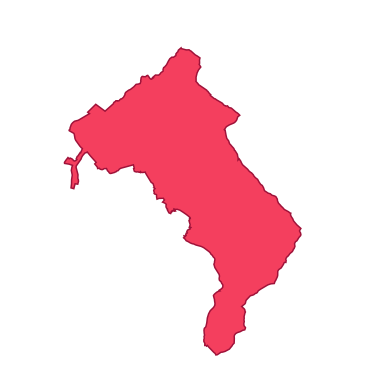 Cozmeni, Harghita, Romania, rotated 313°
{"feature_id": "2599482B88715743642246", "entity_name": "Cozmeni", "entity_type": "district", "adm_level": 2, "iso_a3": "ROU", "parent_name": "Romania", "parent_adm1": "Harghita", "projection": "mercator", "projection_center": [25.941, 46.184], "detail": "fine", "context": "isolated", "style": "filled", "palette": "rose", "viewbox_px": 384, "rotation_deg": 313, "n_neighbors": 0, "source": "geoboundaries", "source_scale": "gbopen_adm2", "svg_char_len": 6029}
<svg xmlns="http://www.w3.org/2000/svg" viewBox="0 0 384 384"><g transform="rotate(313 192 192)"><path d="M239.6,296.5L239.5,291.0L240.1,286.1L241.2,283.7L241.6,281.8L242.4,279.7L243.9,278.7L243.5,278.0L243.4,276.1L242.2,271.5L242.5,268.7L242.4,266.7L242.6,266.4L242.8,262.9L243.8,260.6L245.0,259.2L245.8,256.5L245.4,255.1L244.2,252.7L244.1,250.4L243.1,248.5L242.4,244.1L243.9,241.4L244.7,238.9L244.4,237.1L244.9,234.6L246.0,231.3L245.7,228.6L245.9,226.5L246.4,225.0L246.6,222.4L246.4,221.8L246.2,219.6L246.6,217.1L246.4,210.9L246.5,210.0L247.1,208.2L247.8,206.6L248.4,203.9L246.9,203.8L247.7,203.2L248.7,202.1L249.2,201.1L250.5,199.5L251.6,195.4L251.4,194.6L251.9,194.1L252.4,192.7L252.7,189.2L252.9,188.0L252.9,186.6L254.4,183.9L254.9,180.9L256.7,178.2L259.8,174.1L259.9,173.9L259.5,173.5L259.6,173.1L263.3,172.6L266.7,173.6L270.9,175.5L272.2,175.8L273.9,175.8L275.4,175.5L278.1,174.2L280.7,174.6L280.8,172.8L280.7,171.0L280.4,169.8L280.2,163.6L278.8,161.0L279.1,160.2L279.2,159.2L277.9,158.2L277.9,157.7L277.5,156.9L277.3,156.3L277.6,153.7L277.5,153.0L276.1,146.9L276.0,145.5L275.5,144.7L275.1,139.6L276.0,139.3L275.9,138.6L276.1,136.3L276.4,135.3L276.3,134.0L276.5,133.3L275.0,123.5L275.3,122.7L275.6,119.4L276.2,119.1L278.7,116.7L282.6,114.5L285.8,113.5L289.4,113.2L290.3,110.1L291.3,109.8L293.6,107.5L295.5,106.4L295.0,102.8L294.5,101.0L294.4,95.1L294.1,94.4L294.0,92.9L292.0,90.9L289.6,86.4L290.0,85.7L286.4,85.3L284.9,86.0L283.7,85.9L281.9,86.1L281.2,86.9L280.5,87.2L279.5,86.8L277.9,86.6L276.9,85.3L274.3,84.9L271.8,85.4L267.7,86.6L264.6,86.7L263.7,86.4L261.9,87.2L261.6,87.7L260.7,88.4L257.9,87.9L256.4,88.1L254.7,87.9L252.6,85.5L248.9,85.1L248.1,85.2L248.1,85.5L248.3,85.7L246.8,85.4L246.4,84.7L246.4,83.4L246.7,82.4L247.1,80.1L246.3,79.6L244.7,79.4L243.2,77.8L243.1,77.2L242.3,76.7L240.5,77.0L240.0,77.6L238.7,78.3L238.1,79.1L236.0,80.1L234.3,79.1L232.6,77.7L229.2,77.7L225.0,77.0L223.2,76.2L219.9,75.6L218.5,75.8L217.4,76.6L214.5,77.3L212.0,77.0L211.6,76.5L210.5,76.3L209.0,76.4L207.9,75.6L208.0,75.4L206.8,74.1L205.6,74.2L204.8,73.8L203.7,73.9L203.0,74.3L191.8,73.3L190.5,61.8L179.2,61.3L179.4,63.6L166.9,59.9L163.6,57.8L161.3,57.5L159.2,57.6L155.9,59.0L154.5,60.0L153.4,59.9L153.1,60.5L154.3,65.5L154.0,66.4L151.2,70.1L150.5,71.7L149.1,78.6L148.9,80.8L149.0,82.2L144.8,83.8L144.7,83.3L140.5,84.0L139.7,83.8L137.3,84.7L137.3,85.6L136.7,85.7L135.3,85.4L134.5,84.9L134.3,84.5L134.4,81.8L133.7,79.7L132.5,79.5L132.6,77.8L129.3,78.1L126.7,78.5L126.0,79.3L128.6,83.2L130.0,86.5L128.3,87.2L125.5,89.0L122.7,92.9L118.8,95.6L115.8,98.3L112.5,100.7L113.8,103.3L118.3,100.9L119.8,103.1L122.4,101.7L123.4,100.6L124.1,99.2L126.9,96.8L130.9,90.5L132.0,89.6L140.4,88.4L142.3,87.6L144.1,87.2L147.6,87.1L148.6,87.8L149.8,88.1L149.1,93.2L148.3,101.7L146.2,101.7L145.7,105.4L145.2,106.6L144.8,107.0L146.2,108.1L146.0,109.3L147.0,111.0L147.9,111.5L149.2,111.8L150.3,113.0L150.8,113.3L150.8,113.7L149.9,115.7L150.0,117.0L149.6,118.3L149.7,119.4L150.2,120.0L153.6,122.1L154.5,122.3L155.0,122.7L156.1,122.7L157.2,123.4L159.1,123.3L160.6,123.6L171.9,130.6L170.0,133.6L169.3,133.3L167.9,135.5L168.0,135.7L168.0,136.4L168.9,137.9L169.9,138.7L170.4,140.0L170.8,140.3L171.8,140.4L171.7,140.7L171.1,140.9L171.1,141.2L171.9,141.6L172.3,142.3L174.1,143.9L174.6,144.1L173.8,146.3L171.2,155.6L171.6,157.7L169.5,161.5L169.1,161.3L169.2,162.7L168.1,162.6L167.0,162.9L165.8,164.9L165.1,165.2L165.1,166.2L165.7,167.3L165.8,167.9L164.2,169.5L162.9,171.3L164.8,172.2L167.9,175.4L167.4,176.7L167.4,177.3L164.5,177.4L165.3,179.5L165.4,181.6L164.0,182.5L163.2,183.5L162.9,184.3L162.8,185.8L162.3,185.8L162.0,186.4L161.0,189.4L161.7,191.1L162.5,190.8L163.7,190.8L163.5,190.3L163.9,190.2L164.5,190.3L164.5,190.6L166.3,190.8L165.7,192.0L166.8,192.9L167.5,190.8L167.9,191.7L169.3,193.0L170.5,195.7L171.1,199.1L171.7,203.2L172.0,206.6L172.0,208.2L171.5,208.8L171.0,208.2L168.8,210.0L168.7,209.8L166.8,213.0L164.4,214.1L165.0,214.5L165.3,215.4L163.8,215.4L163.5,215.8L161.7,214.9L160.9,214.8L159.4,215.3L158.9,216.2L159.1,217.0L158.6,216.2L158.1,216.2L157.9,215.9L156.4,216.5L156.3,217.3L156.0,217.4L155.1,217.1L154.5,216.0L154.4,216.1L154.4,217.3L152.8,217.1L152.8,219.0L152.4,221.0L153.1,223.1L153.6,225.5L154.4,227.6L155.0,228.3L155.9,231.0L158.5,235.9L159.3,238.6L160.0,245.0L160.0,246.7L159.5,247.9L159.5,250.2L159.0,251.8L159.0,253.5L158.5,254.5L158.1,254.9L156.2,256.1L155.9,256.5L154.1,257.3L152.3,260.3L150.2,268.1L149.2,269.5L147.3,270.8L146.3,271.9L146.1,272.5L146.1,274.6L145.4,276.1L145.2,277.6L144.7,278.3L143.4,279.4L142.6,279.5L141.5,279.6L138.7,278.9L138.7,279.9L137.3,279.0L135.5,278.4L132.9,278.1L131.1,278.2L130.8,278.4L128.6,281.9L127.8,282.7L126.2,284.8L124.6,286.0L122.3,286.5L117.7,286.3L114.3,287.2L110.4,289.1L106.6,291.9L104.4,293.2L102.7,294.1L100.7,294.0L99.1,295.0L96.8,297.5L95.9,298.8L94.6,299.3L93.3,300.8L92.2,301.3L91.1,302.3L90.8,302.6L90.0,304.7L88.5,306.0L89.2,306.6L89.2,307.8L90.3,307.9L90.0,309.9L89.6,317.3L89.7,318.9L89.5,319.7L89.1,320.6L90.3,321.5L94.6,322.5L95.8,323.6L98.0,324.9L102.6,326.5L107.0,326.2L107.9,325.9L110.2,325.9L113.7,322.9L115.2,321.3L116.5,320.6L118.3,320.5L120.2,321.1L122.7,322.5L125.4,323.4L127.2,324.6L129.1,323.8L129.4,323.4L129.5,322.1L129.7,321.3L130.9,319.8L133.1,318.4L133.8,317.3L135.4,316.2L136.2,315.2L139.5,313.3L140.7,312.9L141.0,311.9L141.7,311.3L142.1,310.2L142.2,309.2L142.1,308.1L142.3,307.6L142.1,306.5L143.3,306.5L146.0,307.0L147.2,306.8L149.4,305.5L150.2,305.4L155.5,305.4L156.6,305.7L156.9,306.1L158.9,307.2L161.0,307.5L162.0,308.1L163.1,308.3L164.4,307.9L165.3,307.9L167.6,308.4L175.8,310.8L178.6,312.3L181.2,314.6L183.1,313.7L184.4,313.5L188.3,312.2L189.5,311.5L192.5,308.8L193.5,308.5L194.6,308.4L197.3,309.0L201.6,308.2L202.6,307.7L203.8,307.8L204.5,308.7L206.3,307.4L206.7,306.4L207.7,306.0L209.9,305.7L210.8,306.0L213.8,305.6L216.8,306.0L218.2,305.7L219.2,305.2L220.1,305.3L222.4,304.4L224.2,302.2L226.2,301.6L227.9,302.0L231.8,301.2L234.0,301.2L235.0,300.8L236.1,299.3L236.6,297.6L236.9,297.1L239.6,296.5Z" fill="#f43f5e" stroke="#9f1239" stroke-width="1.5"/></g></svg>